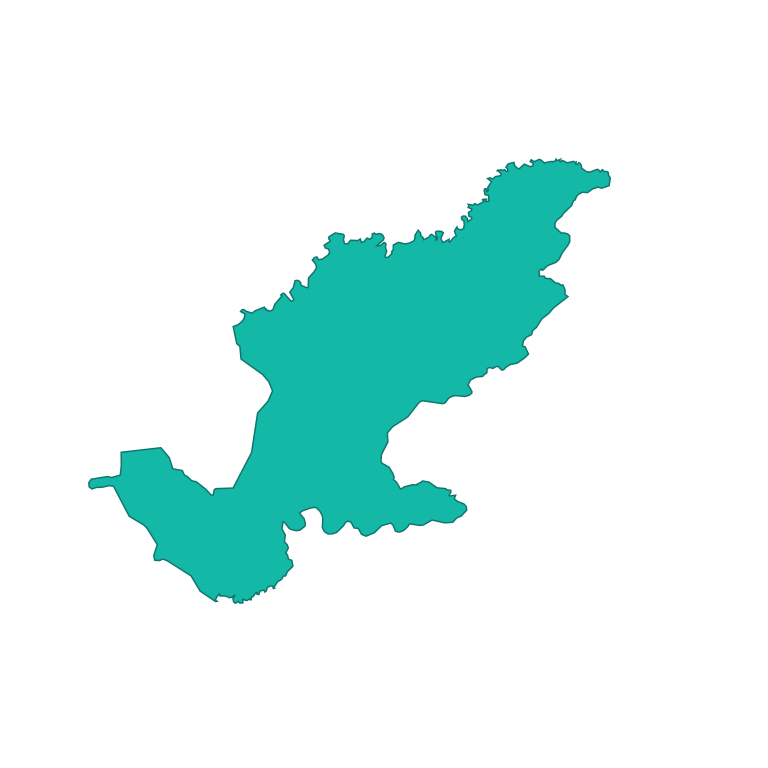 Yanfolila, Sikasso, Mali, rotated 237°
{"feature_id": "8926073B66933927430110", "entity_name": "Yanfolila", "entity_type": "district", "adm_level": 2, "iso_a3": "MLI", "parent_name": "Mali", "parent_adm1": "Sikasso", "projection": "equal_earth", "projection_center": [-8.073, 10.95], "detail": "fine", "context": "isolated", "style": "filled", "palette": "teal", "viewbox_px": 768, "rotation_deg": 237, "n_neighbors": 0, "source": "geoboundaries", "source_scale": "gbopen_adm2", "svg_char_len": 6160}
<svg xmlns="http://www.w3.org/2000/svg" viewBox="0 0 768 768"><g transform="rotate(237 384 384)"><path d="M272.5,180.7L273.0,180.2L276.1,186.9L276.0,191.8L277.7,194.8L276.7,197.0L279.2,200.7L280.8,208.4L286.3,210.6L289.2,208.5L293.1,209.9L295.8,209.6L298.6,214.5L302.2,215.3L304.9,214.6L306.5,215.0L311.2,219.0L318.3,219.5L323.3,224.4L321.9,225.3L314.8,225.8L312.7,226.7L308.7,230.6L307.2,234.0L307.8,240.2L309.9,242.1L314.5,243.6L321.8,242.8L322.0,246.6L320.3,253.9L318.3,258.7L317.1,259.8L312.5,261.0L307.2,260.5L304.2,259.2L297.2,254.1L292.6,253.6L288.7,255.4L286.6,258.7L285.3,263.2L287.2,272.9L289.0,276.6L288.6,279.1L286.0,281.1L279.6,280.5L276.9,283.8L270.1,283.3L266.2,286.0L264.5,295.0L266.5,305.0L263.6,314.0L260.4,314.7L254.2,313.4L251.9,315.7L250.9,317.8L250.5,321.1L251.5,326.4L252.7,328.8L252.4,329.7L245.7,337.3L244.3,340.4L243.7,350.3L234.4,359.4L230.6,366.4L232.1,372.3L231.2,376.7L233.1,384.6L236.2,386.2L239.9,385.7L245.2,381.9L249.3,380.3L251.7,383.5L254.4,377.9L255.1,377.8L256.8,381.0L258.5,382.1L260.6,379.3L262.7,378.7L268.0,372.0L277.4,368.2L281.7,363.5L281.4,360.6L282.0,357.7L281.5,356.2L283.8,353.5L286.7,345.1L286.6,341.1L287.5,340.6L294.5,341.0L298.7,340.0L300.7,341.9L304.2,342.7L311.5,342.9L318.7,339.1L321.1,339.5L326.4,343.7L333.2,355.6L341.2,360.2L343.5,368.0L343.5,386.1L349.3,403.0L349.4,405.5L348.8,407.4L335.4,422.7L334.9,425.1L337.0,430.8L336.5,434.7L335.6,437.3L329.5,445.1L328.3,448.8L328.5,452.7L329.9,453.7L337.4,454.0L340.2,458.6L339.7,464.9L336.6,471.1L337.3,472.8L337.4,476.4L340.2,478.4L340.7,479.6L340.4,481.5L337.8,483.8L337.5,487.5L336.6,489.4L331.8,490.2L330.8,492.0L331.6,495.0L331.6,500.4L329.0,507.0L329.3,516.1L330.4,521.5L338.4,522.6L339.8,521.2L340.9,521.2L344.2,524.3L345.7,529.1L345.0,534.6L347.9,538.0L348.4,542.6L352.7,551.8L353.4,560.6L355.5,567.5L357.1,585.9L360.5,584.6L364.6,587.2L369.6,588.0L370.5,586.2L373.0,585.5L375.2,582.9L381.6,581.0L384.7,576.9L387.2,577.1L390.0,572.8L390.6,572.9L391.7,574.6L393.8,574.7L394.8,577.5L394.1,579.1L393.2,578.7L393.0,580.0L394.2,585.4L392.4,594.5L393.2,598.8L397.0,605.0L400.1,613.6L402.3,617.4L407.2,620.4L409.7,619.9L412.7,617.2L414.0,614.9L422.2,612.7L425.5,614.8L427.1,617.4L428.0,624.8L429.2,626.9L431.5,638.5L434.6,642.9L434.3,644.8L436.3,647.3L437.2,650.4L436.8,654.8L433.7,659.0L434.0,665.3L432.5,670.8L429.6,673.3L427.7,680.8L433.6,686.0L436.4,685.9L439.4,687.3L440.7,686.6L442.3,684.5L444.9,683.8L444.0,680.9L447.3,680.4L448.1,679.1L449.5,672.3L451.5,669.6L457.3,667.3L460.2,668.6L462.5,668.5L463.5,667.9L462.9,665.7L463.6,664.5L465.6,666.1L465.8,664.9L467.6,664.1L469.6,658.2L474.2,655.5L474.3,653.1L475.6,652.8L476.3,654.3L477.0,650.8L478.9,650.7L477.9,649.1L478.2,646.4L479.2,646.2L482.2,638.9L487.0,637.4L487.9,636.2L488.6,631.2L491.9,629.5L491.0,627.7L488.1,629.2L485.8,627.8L486.7,624.9L492.0,621.4L490.9,614.8L491.7,613.7L495.4,612.5L499.1,613.6L501.0,608.0L499.5,604.4L496.9,604.8L494.9,603.6L495.6,602.3L498.0,602.0L498.3,600.1L499.6,599.2L501.5,595.6L501.1,595.0L499.8,596.2L496.3,596.5L495.0,595.5L497.2,590.6L496.8,586.9L499.2,585.1L499.9,582.8L495.1,584.3L492.4,578.2L489.3,576.8L489.1,575.2L489.9,574.8L491.0,576.1L492.2,576.1L492.8,574.4L491.7,573.4L487.8,571.8L485.1,574.4L480.1,571.5L481.4,568.9L483.1,570.7L484.9,567.8L484.8,566.8L482.7,567.7L483.1,560.1L485.9,558.3L485.3,556.0L488.8,552.5L487.5,552.5L486.2,550.7L483.0,553.0L481.8,551.7L481.9,548.3L478.3,546.6L476.3,548.2L474.7,547.6L474.6,542.7L477.5,544.1L480.7,543.5L481.9,541.5L481.7,539.7L479.2,538.9L477.9,540.1L473.8,538.1L470.9,535.2L471.3,533.0L472.7,531.1L474.3,530.3L476.0,530.7L473.9,526.4L468.7,525.2L468.9,522.3L467.2,516.3L468.8,516.2L469.9,517.3L470.5,510.3L475.2,511.0L478.5,516.2L480.7,515.2L482.8,512.6L483.5,511.0L483.2,509.8L480.4,508.6L477.3,508.5L476.0,506.5L476.7,505.9L477.9,507.6L483.5,505.5L483.9,504.4L482.7,501.8L483.3,495.9L485.5,496.4L488.5,495.7L490.8,496.9L494.4,496.4L491.9,491.1L488.5,488.5L487.8,486.6L488.3,482.3L490.1,477.8L495.0,473.2L495.5,467.6L491.5,464.8L490.6,462.2L489.1,461.9L488.2,457.0L488.6,455.2L489.5,454.1L490.9,454.5L493.6,458.4L498.1,459.8L500.2,461.9L502.1,461.7L502.6,460.9L502.1,456.4L503.9,453.2L505.1,461.7L506.4,463.6L509.6,464.0L511.5,463.2L513.0,461.6L513.7,458.9L515.9,458.0L516.3,456.0L513.6,454.0L513.1,450.9L515.6,449.3L514.4,444.8L515.0,442.2L518.6,443.1L518.5,440.2L522.8,434.3L521.4,429.8L522.0,428.7L523.5,427.3L527.1,428.7L530.2,431.5L531.8,431.3L537.3,425.3L537.4,417.9L535.6,416.7L533.7,417.1L533.0,416.2L533.0,409.4L530.1,408.8L527.5,410.9L525.0,410.5L524.1,410.1L522.6,407.4L522.3,400.3L524.0,396.7L527.0,397.0L527.9,394.7L527.0,391.4L522.0,392.0L518.3,390.9L516.1,386.2L514.1,378.5L506.5,373.2L506.7,371.7L512.0,368.1L514.5,369.3L516.3,369.0L518.0,368.0L519.1,365.7L514.2,360.4L512.3,355.0L504.2,354.4L503.3,353.6L504.1,351.2L514.6,349.5L515.2,348.3L514.8,345.9L513.4,346.3L510.4,336.0L506.9,331.3L507.1,327.3L508.5,327.4L510.0,325.3L511.0,326.1L511.8,325.3L513.6,325.5L515.6,315.7L515.2,312.0L519.8,308.2L523.0,306.8L523.6,305.3L522.9,303.2L518.7,305.4L517.6,305.0L514.8,301.8L513.7,298.6L513.2,293.7L514.3,288.8L498.0,282.5L494.0,283.6L482.8,277.7L458.1,287.4L448.8,288.6L438.9,286.8L432.8,277.5L428.5,262.2L398.7,235.7L378.9,200.8L387.9,185.8L387.7,184.0L383.7,179.9L385.3,178.5L393.2,177.1L404.2,173.3L407.7,170.0L413.6,168.6L416.1,167.0L421.2,167.7L428.0,160.7L439.2,163.8L452.1,162.1L469.9,126.4L458.4,119.1L451.2,113.1L453.9,104.7L456.9,101.8L463.6,86.6L461.9,82.6L458.3,80.7L455.0,81.9L453.9,86.5L450.9,91.4L448.6,97.9L445.6,101.5L411.9,98.3L396.3,105.9L392.2,106.7L372.8,106.4L365.6,97.6L361.1,95.7L358.3,99.4L357.6,103.3L353.7,106.0L328.2,117.7L310.4,117.0L293.5,124.2L292.7,125.6L294.8,125.0L296.8,128.2L297.4,131.7L295.6,131.0L292.4,135.7L288.9,138.1L288.2,139.6L288.3,143.6L287.4,143.4L286.7,140.6L283.0,139.2L281.1,140.0L280.8,143.6L278.8,143.8L277.3,146.5L280.3,148.1L280.1,149.1L278.8,149.3L277.0,151.2L277.1,154.1L275.7,154.3L275.4,155.2L277.7,157.1L277.0,158.5L278.7,162.6L278.2,164.1L276.9,163.0L275.6,164.3L277.8,167.2L276.7,171.0L274.4,170.8L274.6,172.7L276.7,174.9L276.8,178.0L275.2,180.6L272.7,179.8L272.5,180.7Z" fill="#14b8a6" stroke="#0f766e" stroke-width="1.5"/></g></svg>